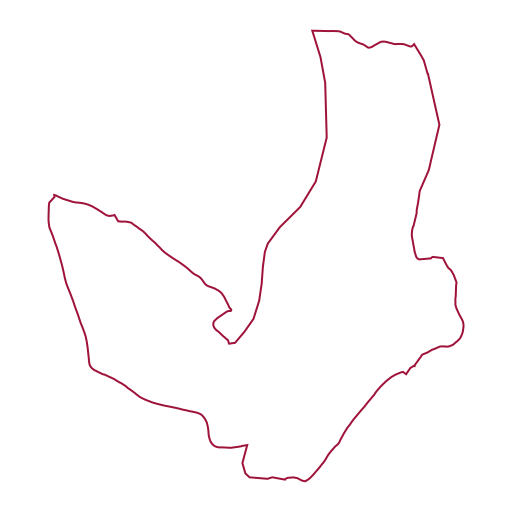 Boguis, Dauphin, Saint Lucia
{"feature_id": "8701671B63256124601591", "entity_name": "Boguis", "entity_type": "district", "adm_level": 2, "iso_a3": "LCA", "parent_name": "Saint Lucia", "parent_adm1": "Dauphin", "projection": "natural_earth1", "projection_center": [-60.922, 14.016], "detail": "fine", "context": "isolated", "style": "outline", "palette": "rose", "viewbox_px": 512, "rotation_deg": 0, "n_neighbors": 0, "source": "geoboundaries", "source_scale": "gbopen_adm2", "svg_char_len": 5994}
<svg xmlns="http://www.w3.org/2000/svg" viewBox="0 0 512 512"><path d="M54.2,195.0L54.5,197.0L49.3,202.6L49.0,204.3L48.8,207.1L48.5,218.3L48.6,221.7L48.9,224.0L49.4,227.5L51.2,231.9L53.1,236.8L55.4,243.6L56.5,246.4L57.6,249.8L59.3,255.4L61.7,264.1L62.6,267.7L63.7,272.5L64.8,277.8L66.1,282.8L66.6,284.3L67.2,285.9L70.3,293.6L73.2,301.2L75.1,307.1L77.4,313.2L79.3,318.8L80.8,323.3L82.7,327.9L84.2,332.0L85.8,336.9L86.9,342.5L87.7,348.3L88.3,354.0L88.9,359.1L88.9,360.5L89.2,362.5L89.4,363.8L89.6,364.4L90.0,365.6L90.3,366.1L90.6,366.6L91.8,368.1L93.2,369.2L94.1,370.0L94.6,370.3L95.8,370.7L96.8,371.3L101.3,373.5L101.8,373.8L103.0,374.3L104.2,374.5L104.8,374.7L106.5,375.5L107.0,375.7L109.2,376.8L110.9,377.5L114.4,379.2L115.5,380.0L120.1,382.7L121.4,383.3L122.0,383.6L123.0,384.4L124.1,385.0L126.0,386.3L126.6,386.9L127.6,387.9L129.9,389.4L130.7,390.0L133.9,392.3L134.4,392.7L134.9,393.0L136.3,394.3L138.2,395.7L139.5,396.7L141.5,397.9L145.3,399.7L147.1,400.4L149.2,401.2L150.7,401.8L151.9,402.3L153.6,402.8L155.0,403.2L157.8,404.0L164.3,405.6L169.6,406.6L176.3,408.0L179.4,408.7L181.8,409.4L184.0,409.9L185.7,410.2L189.4,411.1L193.5,411.9L194.0,412.0L194.5,412.1L195.0,412.3L197.1,412.7L197.6,412.9L199.9,413.9L200.9,414.4L201.9,415.1L203.7,417.2L204.4,418.1L205.5,419.8L206.2,421.3L206.9,422.8L207.0,423.3L207.8,426.7L208.2,429.2L208.4,430.9L208.5,432.6L208.6,433.7L208.6,434.3L208.9,436.0L209.1,437.1L209.3,437.7L209.8,439.6L210.4,441.1L211.1,442.6L211.9,443.5L212.5,444.3L212.9,444.7L214.5,446.0L214.9,446.2L215.4,446.4L217.0,447.0L218.5,447.3L219.5,447.4L223.0,447.4L228.5,447.7L230.5,447.8L231.5,447.7L238.9,446.7L241.0,446.3L242.8,445.8L247.2,445.1L242.4,463.1L245.4,473.4L249.5,477.3L260.2,478.2L267.5,478.8L272.3,477.3L284.9,479.6L285.0,479.1L287.3,478.0L287.8,477.8L293.5,477.4L297.5,478.2L298.8,478.9L302.3,480.7L305.2,481.3L308.5,479.3L311.1,477.0L312.9,475.1L319.6,467.3L321.9,464.3L323.3,462.7L324.6,460.9L326.3,458.1L327.7,455.7L328.9,453.9L330.7,451.6L335.3,446.4L337.8,444.3L338.8,443.1L339.1,442.7L340.2,440.2L342.0,436.9L343.8,433.5L347.4,427.7L349.5,425.1L350.2,424.2L351.5,422.2L353.6,419.4L357.1,415.2L361.6,409.8L364.3,406.8L366.0,404.6L368.2,401.8L373.9,395.1L374.7,393.9L375.6,392.5L377.3,390.4L380.4,386.8L383.8,383.4L386.6,380.8L388.2,379.5L391.4,377.0L393.3,375.9L395.1,374.9L396.1,374.4L401.4,372.2L403.1,372.0L406.1,374.2L410.4,367.9L411.4,367.4L413.1,366.3L413.9,365.9L414.6,366.1L414.8,365.1L420.1,357.7L420.5,357.3L420.8,356.9L421.4,355.7L422.0,355.0L422.4,354.6L423.5,354.1L426.0,353.1L428.0,352.2L430.8,350.5L431.8,349.9L433.4,349.3L435.0,348.7L438.2,347.3L438.8,347.0L439.8,346.6L440.3,346.5L440.8,346.4L443.4,346.4L446.2,346.6L447.8,346.6L448.4,346.5L449.5,346.2L450.6,345.8L452.6,344.9L453.1,344.7L455.7,342.4L457.0,341.4L457.9,340.6L459.1,339.4L459.9,338.5L460.2,338.0L460.8,336.9L461.6,335.2L461.9,334.6L462.3,333.4L462.8,331.7L463.0,330.5L463.5,326.7L463.5,325.4L463.3,323.1L462.9,321.6L462.3,320.1L461.1,317.8L459.9,315.7L458.9,313.8L457.9,311.5L456.5,308.6L456.3,307.8L455.6,305.6L455.4,304.5L455.4,303.9L455.4,303.2L455.4,298.4L455.7,296.5L456.1,285.4L456.5,282.7L456.5,282.4L453.7,274.9L452.9,273.6L452.1,272.0L451.1,270.5L450.3,269.5L449.3,268.8L448.5,268.1L448.1,267.6L447.8,267.1L446.4,264.8L443.0,258.1L432.8,256.9L431.9,257.4L430.8,258.4L419.2,259.4L418.1,258.9L416.9,257.9L416.7,257.5L416.1,256.5L415.5,254.5L414.4,251.0L414.7,251.8L411.8,235.9L411.9,232.5L412.0,231.2L412.2,230.0L412.3,229.5L412.6,228.2L412.7,227.6L412.9,227.1L413.1,226.5L413.5,226.1L416.6,213.3L416.7,210.7L416.8,209.2L416.9,208.8L418.0,203.1L419.2,195.2L419.5,192.1L419.7,191.5L419.8,190.9L420.0,190.3L428.5,170.8L429.2,168.3L429.9,165.5L430.5,162.7L439.4,124.8L427.8,73.1L427.8,74.4L424.0,61.1L423.9,60.5L422.6,58.3L421.6,56.4L414.1,44.1L413.5,44.8L412.3,46.0L411.9,46.3L411.5,46.4L411.1,46.5L410.5,46.5L409.6,46.3L407.3,45.4L406.6,45.2L404.8,44.5L403.7,44.2L403.1,44.1L400.3,44.0L398.6,43.9L397.0,44.0L396.3,44.1L394.7,44.1L394.1,44.0L391.7,43.3L389.1,42.7L387.4,42.2L385.2,41.7L384.1,41.6L382.6,41.6L381.7,41.7L380.8,41.9L379.4,42.6L374.3,45.4L372.2,46.7L371.3,47.1L369.6,47.6L369.1,47.7L368.6,47.7L367.9,47.5L366.0,46.2L364.4,45.1L363.4,44.5L362.9,44.3L360.7,43.6L358.7,42.9L357.6,42.4L356.2,41.6L355.4,41.0L354.5,40.2L351.8,37.4L350.1,35.7L349.2,34.8L348.7,34.5L348.3,34.3L347.8,34.1L345.1,33.7L344.1,33.3L341.2,32.0L340.1,31.5L338.9,31.3L338.5,31.3L337.9,31.2L335.2,31.1L331.7,31.0L329.2,31.1L312.3,30.7L320.5,57.2L325.2,82.8L326.7,137.6L315.8,181.4L300.2,207.0L279.9,227.1L267.8,243.6L264.9,251.8L262.9,266.6L261.7,283.4L259.2,300.6L253.5,318.8L244.5,331.7L235.1,342.8L229.1,343.7L228.6,342.5L228.0,340.2L226.2,338.8L224.5,337.2L223.5,336.5L220.2,333.3L218.5,331.7L217.6,331.0L216.7,330.4L215.8,329.6L214.3,327.7L213.8,326.6L213.4,325.5L213.3,324.2L213.4,323.0L213.8,321.8L214.5,320.8L216.2,319.2L217.0,318.4L219.8,316.4L224.6,313.1L226.5,311.8L227.5,311.3L229.6,310.9L230.7,311.0L231.3,310.0L231.1,309.4L229.4,307.5L227.9,304.2L225.9,300.4L224.2,296.9L221.9,293.6L221.5,293.1L221.1,292.7L220.2,291.9L218.3,290.5L217.8,290.1L217.3,289.9L216.8,289.7L215.8,289.1L215.2,288.7L213.6,288.1L212.6,287.7L212.1,287.5L210.5,287.0L208.2,286.1L207.2,285.6L206.3,285.0L205.4,284.3L205.0,283.8L204.3,282.9L202.5,280.3L201.8,279.4L200.7,278.1L199.8,277.3L198.4,276.3L194.5,274.2L193.1,273.3L191.2,271.7L188.3,269.0L186.0,267.1L183.2,265.0L178.4,261.6L175.7,260.0L169.9,256.2L166.4,253.7L164.4,252.2L161.7,249.7L160.1,247.9L157.5,245.4L155.8,243.5L155.4,243.1L151.9,240.1L150.6,238.9L146.8,235.1L145.6,233.7L143.5,231.7L142.6,230.9L142.2,230.6L140.1,229.2L139.2,228.6L136.5,226.5L134.5,225.2L133.5,224.5L131.3,222.7L127.2,221.8L123.6,221.5L121.8,221.7L118.6,221.3L118.2,221.3L114.5,215.0L113.4,215.4L109.7,216.0L107.7,215.6L106.7,215.3L105.2,214.5L101.2,211.8L97.3,209.3L94.5,207.7L92.1,206.3L88.3,204.7L85.5,203.8L83.6,203.4L80.0,202.8L75.3,202.4L72.6,201.8L69.1,200.7L65.8,199.7L62.7,198.7L57.5,196.3L55.7,195.3L54.2,195.0Z" fill="none" stroke="#9f1239" stroke-width="2"/></svg>